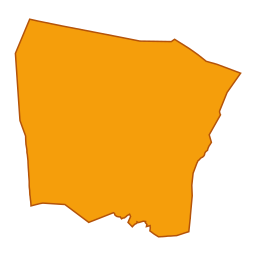 outline of San Juan Lachigalla, Oaxaca, Mexico
{"feature_id": "50627088B67527227829858", "entity_name": "San Juan Lachigalla", "entity_type": "district", "adm_level": 2, "iso_a3": "MEX", "parent_name": "Mexico", "parent_adm1": "Oaxaca", "projection": "robinson", "projection_center": [-96.544, 16.566], "detail": "fine", "context": "isolated", "style": "filled", "palette": "amber", "viewbox_px": 256, "rotation_deg": 0, "n_neighbors": 0, "source": "geoboundaries", "source_scale": "gbopen_adm2", "svg_char_len": 1884}
<svg xmlns="http://www.w3.org/2000/svg" viewBox="0 0 256 256"><path d="M88.4,222.1L88.7,222.4L93.3,220.6L112.9,212.9L113.5,212.7L114.5,213.5L114.6,213.8L114.8,214.8L115.6,215.6L117.0,216.5L118.6,216.8L119.4,216.9L120.2,216.8L121.5,218.8L122.8,218.1L124.6,217.8L125.3,217.1L126.3,216.5L126.8,215.8L129.6,214.2L130.2,215.6L130.6,216.5L128.0,222.4L129.5,223.9L132.3,226.8L133.3,225.7L134.6,224.4L134.9,224.2L136.9,223.2L137.0,221.8L138.5,222.6L143.3,221.2L143.5,221.2L145.6,221.5L145.3,222.6L145.7,223.0L146.0,223.4L146.9,224.4L146.4,226.6L150.1,225.6L150.2,227.5L150.3,227.7L149.9,230.9L154.2,234.1L157.7,236.3L158.5,236.8L162.8,236.6L165.2,236.4L165.6,236.4L167.8,236.1L171.3,236.0L173.3,235.8L176.7,235.6L185.5,232.7L188.8,231.7L190.1,219.3L190.1,219.1L190.2,218.8L190.4,215.6L192.2,195.8L191.8,185.3L193.1,173.2L196.9,163.1L197.5,161.9L198.1,160.6L199.4,159.7L200.2,158.6L201.3,157.7L202.6,157.1L203.8,156.0L204.5,154.8L204.7,153.4L205.4,152.1L206.4,151.1L207.5,150.3L207.8,148.9L208.3,147.6L209.0,146.1L211.4,142.4L209.2,134.8L220.5,114.8L220.1,114.1L219.9,113.3L219.7,112.7L219.5,111.8L219.6,111.0L219.9,110.2L220.1,109.7L227.1,92.4L240.6,73.2L216.9,64.3L206.2,61.3L197.8,54.6L189.6,48.8L174.6,39.3L171.3,41.6L153.7,41.3L140.0,41.1L117.7,36.7L92.9,31.9L62.3,26.0L38.2,21.1L29.7,19.2L15.4,53.4L19.8,118.1L20.0,120.6L22.3,127.0L25.6,136.0L25.7,139.9L26.0,144.6L26.1,145.0L26.7,148.7L26.9,150.2L26.9,151.7L27.0,153.0L27.3,154.4L27.9,160.0L28.0,161.2L28.0,162.2L28.1,164.2L28.3,168.0L28.7,173.5L28.7,174.3L29.2,181.4L29.2,183.6L29.2,185.3L29.3,187.3L29.7,190.8L29.7,192.2L29.8,192.8L29.8,194.1L29.9,194.7L29.9,195.0L30.1,196.2L30.2,196.8L30.2,197.1L30.5,200.1L30.7,201.2L30.7,201.7L30.8,202.3L30.8,202.8L30.9,203.5L30.9,203.8L31.0,205.9L35.9,204.6L37.2,204.3L39.9,203.6L42.8,203.1L44.5,203.2L64.9,204.5L77.3,213.8L88.4,222.1Z" fill="#f59e0b" stroke="#b45309" stroke-width="1.5"/></svg>